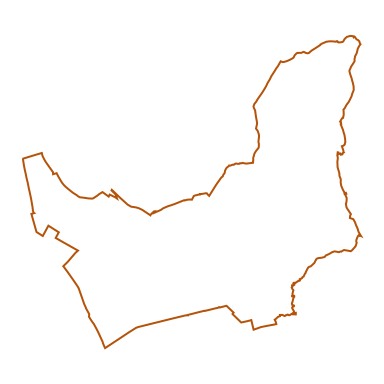 Luizi-Calugara, Bacau, Romania, rotated 180°
{"feature_id": "2599482B12276369319500", "entity_name": "Luizi-Calugara", "entity_type": "district", "adm_level": 2, "iso_a3": "ROU", "parent_name": "Romania", "parent_adm1": "Bacau", "projection": "mercator", "projection_center": [26.83, 46.517], "detail": "fine", "context": "isolated", "style": "outline", "palette": "amber", "viewbox_px": 384, "rotation_deg": 180, "n_neighbors": 0, "source": "geoboundaries", "source_scale": "gbopen_adm2", "svg_char_len": 5773}
<svg xmlns="http://www.w3.org/2000/svg" viewBox="0 0 384 384"><g transform="rotate(180 192 192)"><path d="M23.5,339.8L24.1,340.6L24.7,342.7L25.8,343.8L27.0,344.4L27.5,344.8L28.3,345.7L28.8,346.8L29.8,347.5L30.4,346.8L30.9,347.7L31.4,347.9L33.4,348.1L34.4,347.9L35.3,347.6L37.0,347.2L38.9,345.5L39.5,344.8L40.5,343.0L40.8,342.5L41.7,342.0L44.1,341.6L45.3,341.6L45.9,341.7L46.3,342.0L46.2,342.3L46.5,342.7L46.9,342.9L47.8,342.6L48.2,342.3L50.9,342.6L53.4,342.7L55.3,342.6L57.8,342.2L62.2,340.3L63.7,339.4L63.8,338.9L72.4,333.4L75.2,331.0L76.3,330.7L77.3,330.9L78.3,331.1L79.9,332.0L80.6,332.1L82.3,331.3L83.1,331.1L86.4,331.1L87.3,330.8L88.8,329.3L89.5,328.4L90.3,326.6L91.1,325.9L93.7,324.4L97.1,322.9L100.2,322.0L101.4,321.9L103.3,322.7L106.4,317.3L107.5,316.0L109.1,313.3L112.8,307.6L114.2,304.6L116.3,301.2L118.0,297.6L120.0,294.2L121.9,291.2L126.3,284.9L127.9,282.2L129.7,279.9L130.5,277.6L130.2,276.3L129.2,274.2L128.8,273.3L128.7,272.0L127.9,266.5L126.9,261.3L127.0,259.8L128.0,255.4L126.5,253.4L126.1,252.5L125.3,250.1L125.0,248.6L125.0,247.2L125.5,243.1L125.5,241.5L125.1,240.3L125.2,237.5L125.4,236.2L127.7,233.4L128.8,231.7L129.7,230.1L130.0,228.5L130.6,226.9L130.8,225.5L130.7,223.3L131.1,222.6L130.9,221.6L131.0,221.2L137.8,220.4L141.7,221.1L142.2,220.7L144.0,220.8L144.4,220.3L146.1,220.1L147.9,220.5L149.3,220.0L150.2,219.2L151.6,219.3L153.5,218.4L154.9,218.5L155.1,218.0L157.4,216.2L158.3,214.7L159.0,213.1L159.2,211.7L159.5,210.7L160.6,209.4L161.2,207.7L162.8,206.4L168.0,199.0L174.8,188.1L176.5,189.7L176.9,190.5L177.9,190.8L182.4,190.0L184.1,190.0L184.2,189.4L185.7,189.4L187.0,188.9L188.5,188.7L190.2,188.0L192.1,184.3L193.3,184.5L196.7,184.3L199.4,183.5L199.8,183.8L209.1,180.1L213.9,178.4L215.2,178.1L218.6,176.7L221.0,175.6L223.1,174.1L228.8,171.6L228.0,172.7L228.2,172.8L228.9,172.1L229.2,172.0L229.3,172.1L229.4,172.6L229.8,172.7L232.5,170.3L233.4,169.2L233.6,168.7L241.5,174.0L245.2,175.8L248.0,176.6L252.8,177.3L256.4,179.4L264.2,186.5L272.2,194.2L272.5,193.6L268.9,190.1L268.2,189.1L267.0,185.5L268.7,186.7L274.3,189.4L275.3,187.4L281.5,191.9L284.8,189.9L286.5,188.5L290.9,185.6L292.0,185.4L295.7,185.6L301.0,186.4L304.1,186.7L306.2,187.9L307.2,188.8L310.9,191.1L315.3,194.6L318.7,197.5L320.4,199.3L322.0,201.3L323.4,203.6L325.7,207.5L327.4,210.8L330.9,209.8L331.0,211.8L338.3,222.1L339.8,224.7L341.5,228.1L342.2,231.0L348.0,229.3L360.8,225.4L361.0,224.6L360.0,218.2L359.2,214.2L357.9,208.4L357.5,206.1L356.3,201.4L355.3,196.2L354.3,191.8L352.9,185.2L351.4,176.4L351.1,173.5L350.7,172.0L350.2,171.1L349.9,170.9L352.6,170.1L347.5,152.0L341.2,148.0L335.6,158.3L325.2,151.7L328.3,146.0L306.0,133.4L308.6,131.1L316.5,121.9L320.7,117.8L317.1,113.0L311.1,104.5L306.5,97.8L305.3,95.7L299.7,79.7L298.1,76.3L298.0,75.7L294.9,70.1L294.8,69.5L295.0,67.2L292.1,62.6L290.1,59.9L287.8,55.7L285.9,52.0L281.3,42.0L281.2,41.2L279.8,37.8L278.9,35.9L255.5,51.4L247.9,56.2L245.7,57.0L213.0,65.1L198.5,68.6L196.3,68.7L196.4,69.0L183.8,72.2L179.2,73.3L179.0,73.1L168.4,75.7L166.9,76.0L165.6,76.4L165.0,76.9L164.6,76.9L164.2,76.5L159.6,77.7L157.5,78.2L150.4,71.4L151.3,70.3L151.2,70.2L151.4,69.9L142.8,61.5L136.4,62.9L132.7,63.9L130.4,54.3L122.8,57.0L107.7,59.9L108.1,61.8L109.3,64.3L108.5,64.8L106.0,67.1L104.0,67.9L104.1,69.0L101.5,69.1L100.2,68.3L99.3,68.0L98.8,68.2L98.2,68.8L97.4,68.8L96.8,69.3L96.2,69.4L95.8,69.1L95.1,68.8L94.2,68.9L93.7,69.2L92.9,69.8L92.3,70.1L91.5,69.7L88.2,69.6L88.2,71.2L90.7,70.9L90.9,71.1L90.0,72.0L90.0,72.6L91.9,76.0L91.8,76.5L91.4,77.1L90.4,77.5L90.0,77.8L89.9,78.1L90.0,78.4L90.2,78.6L91.6,78.9L91.8,79.1L92.1,80.5L92.0,81.1L91.6,81.8L90.7,85.6L90.3,86.5L89.8,87.0L89.7,87.6L89.8,88.1L90.3,88.1L91.8,87.6L92.0,87.8L92.0,88.3L91.4,89.3L91.3,89.6L91.5,90.5L91.1,92.0L90.6,93.8L91.5,94.8L92.3,96.5L91.6,97.2L91.5,97.5L91.6,97.9L92.0,98.2L92.0,98.5L91.3,98.4L90.0,98.9L89.7,99.2L89.9,99.4L90.7,99.7L90.8,100.1L90.7,100.7L90.4,101.1L89.9,101.3L89.5,101.2L89.0,100.9L88.4,101.1L88.1,101.5L86.9,102.3L86.4,102.4L85.8,103.1L84.9,103.1L84.2,103.4L84.0,103.8L84.3,104.8L83.7,105.2L82.8,105.3L82.0,105.9L81.5,106.9L80.4,107.4L79.0,110.5L78.4,111.0L78.1,112.2L75.9,116.4L74.8,117.2L73.2,117.7L69.6,121.1L68.6,123.2L67.4,125.2L65.7,125.9L62.8,126.2L59.4,127.0L58.2,128.5L54.7,130.1L51.9,131.8L49.6,132.6L47.9,132.4L45.0,131.8L43.7,132.5L42.5,132.4L41.8,133.0L40.0,134.0L33.2,132.8L31.9,133.8L29.4,136.6L28.3,138.0L27.3,141.2L27.7,142.1L27.7,143.8L27.0,145.8L26.1,147.8L25.5,148.6L24.4,148.1L24.1,148.5L23.0,148.0L25.3,151.8L25.8,153.3L26.4,155.4L28.1,159.2L29.0,161.8L30.7,164.8L34.1,166.0L33.9,168.2L33.1,169.9L34.1,171.3L35.5,173.5L36.7,175.2L37.5,176.8L37.7,177.7L38.1,180.3L37.7,181.4L37.4,183.4L37.3,186.0L38.4,188.6L39.2,189.7L37.7,190.1L38.1,191.2L39.4,190.9L40.3,192.9L40.8,193.6L42.7,198.0L43.3,201.2L43.3,202.6L43.2,204.2L43.4,205.3L44.0,206.7L44.5,208.0L44.6,208.9L44.6,210.3L45.0,212.0L46.4,216.7L46.6,221.4L46.6,222.6L46.3,224.8L46.2,226.2L46.4,227.4L46.7,228.4L46.3,231.7L45.8,231.6L46.0,230.4L45.9,229.9L45.6,229.7L44.0,230.6L43.6,230.0L43.2,229.7L43.1,229.3L42.2,229.5L42.0,229.9L41.6,229.8L41.3,230.3L41.4,230.7L41.3,231.0L40.2,231.6L40.5,232.0L40.7,233.9L41.1,234.8L41.7,236.4L41.7,237.0L42.1,237.8L40.7,238.3L39.4,239.3L39.2,239.8L39.1,240.8L38.8,241.3L38.7,241.9L38.9,245.2L39.1,246.2L39.5,248.9L40.5,252.0L40.9,253.8L43.0,259.0L42.8,259.6L43.2,259.7L43.0,261.8L43.9,262.3L43.1,263.8L41.8,265.8L41.4,266.2L40.9,266.2L40.3,269.3L40.3,270.6L40.5,274.5L39.4,275.6L37.5,279.1L35.2,282.2L34.3,283.9L32.5,287.6L31.6,290.8L31.1,291.8L30.3,294.0L30.3,294.7L30.4,297.6L31.2,301.3L31.9,303.6L32.5,306.1L33.6,309.2L34.6,312.8L34.3,314.3L33.7,315.3L33.0,317.2L30.0,321.8L29.4,323.0L29.5,324.8L29.1,326.4L29.0,327.6L27.5,330.4L27.1,331.5L26.4,334.6L26.1,335.6L24.5,338.5L23.5,339.8Z" fill="none" stroke="#b45309" stroke-width="2"/></g></svg>